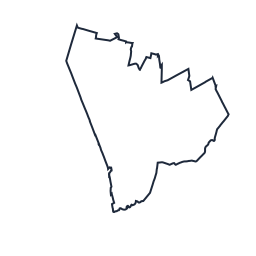 Dubnas pag., Daugavpils, Latvia (Equal Earth projection), rotated 113°
{"feature_id": "27541924B73485467634467", "entity_name": "Dubnas pag.", "entity_type": "district", "adm_level": 2, "iso_a3": "LVA", "parent_name": "Latvia", "parent_adm1": "Daugavpils", "projection": "equal_earth", "projection_center": [26.682, 56.079], "detail": "fine", "context": "isolated", "style": "outline", "palette": "slate", "viewbox_px": 256, "rotation_deg": 113, "n_neighbors": 0, "source": "geoboundaries", "source_scale": "gbopen_adm2", "svg_char_len": 5352}
<svg xmlns="http://www.w3.org/2000/svg" viewBox="0 0 256 256"><g transform="rotate(113 128 128)"><path d="M92.3,209.3L100.0,201.5L102.1,199.5L107.9,193.9L109.6,192.1L111.3,190.4L115.5,186.4L118.3,183.7L120.4,181.9L122.9,179.3L126.5,175.7L128.9,173.2L131.1,171.0L132.8,169.4L134.3,167.9L135.0,167.1L136.1,166.1L136.6,165.7L136.8,165.7L141.5,161.1L143.6,159.1L147.4,155.5L147.1,155.3L152.6,149.9L153.9,148.6L154.3,148.8L154.6,148.5L154.3,148.3L157.0,145.6L158.8,144.2L161.6,141.2L161.8,141.1L163.3,139.6L164.1,138.8L167.0,136.1L170.8,132.4L172.5,130.9L173.5,130.3L172.3,129.9L171.4,129.6L171.3,129.4L171.3,128.8L171.9,127.9L172.0,127.7L171.7,127.6L173.2,126.6L173.6,126.5L174.0,127.0L174.5,127.0L175.5,127.2L176.2,127.4L176.9,127.7L177.5,127.3L177.8,127.5L180.0,126.4L179.7,126.2L180.5,125.6L181.4,125.0L182.8,124.1L183.9,123.4L188.5,120.3L190.0,120.5L190.3,120.3L192.6,119.5L193.8,118.9L196.0,117.7L194.9,117.3L196.0,116.6L196.1,116.4L197.1,115.6L198.0,114.9L199.8,113.6L202.3,111.5L204.3,113.0L205.5,112.3L207.5,111.0L208.0,110.5L208.4,110.3L209.3,109.8L210.4,109.2L210.8,108.9L210.8,108.7L210.9,108.3L210.8,108.0L210.7,107.9L210.5,107.7L210.2,107.5L209.9,107.4L209.7,107.2L209.5,106.6L209.1,106.2L208.9,105.8L207.9,105.2L207.7,105.0L207.5,104.8L207.3,104.3L207.1,104.2L206.8,104.1L206.3,104.1L205.9,104.1L205.6,104.2L205.4,104.3L205.1,104.1L204.9,103.8L204.7,103.3L204.8,102.9L204.9,102.3L205.0,101.6L204.9,100.5L204.8,100.1L204.6,99.4L204.3,98.9L203.9,98.4L202.5,97.5L201.9,97.4L201.6,97.4L201.5,97.6L201.5,97.8L201.9,98.1L201.7,98.3L201.4,98.4L200.7,98.4L199.9,97.9L199.7,97.7L199.8,97.3L200.1,97.0L200.4,96.3L200.5,96.1L200.5,95.9L200.5,95.6L200.4,95.5L200.3,95.4L200.1,95.3L200.0,95.2L199.7,95.1L199.1,95.0L198.8,95.0L197.8,94.9L197.4,94.9L197.2,94.8L197.2,94.7L197.4,94.6L197.5,94.4L197.5,94.2L197.4,94.0L197.4,93.8L197.1,93.5L197.0,93.3L196.8,93.2L196.6,93.0L196.5,92.9L196.2,92.5L195.6,92.1L194.9,91.9L194.3,91.8L193.7,91.8L192.4,92.1L192.1,92.2L191.9,90.6L192.2,89.8L192.4,89.1L192.4,88.7L192.0,88.4L191.5,87.7L191.0,87.5L190.6,87.4L190.4,87.1L190.2,86.9L189.9,86.7L189.7,86.5L189.7,86.3L189.6,86.0L189.5,85.8L189.3,85.5L189.2,85.4L179.1,82.4L171.5,83.1L171.3,83.1L166.9,83.6L166.1,83.6L163.8,83.7L161.4,84.0L158.6,84.3L158.4,84.3L154.4,85.5L153.9,85.5L148.3,87.1L147.9,86.4L147.7,86.0L147.6,85.8L147.4,85.3L146.7,84.2L146.2,83.2L146.0,82.3L146.0,82.0L145.9,81.1L145.9,80.6L145.8,80.0L145.8,79.4L145.7,78.4L145.6,77.0L145.6,75.6L145.6,75.4L145.3,75.1L145.0,74.7L144.8,74.6L144.5,74.3L143.6,73.5L143.5,73.3L143.1,73.0L143.0,72.9L142.6,72.3L142.5,72.1L142.3,71.9L142.3,71.7L142.8,70.9L142.9,70.7L143.2,69.9L143.2,69.7L142.7,69.2L141.9,68.6L141.5,68.3L141.1,67.8L140.2,67.1L139.7,66.6L139.1,65.9L138.1,64.9L137.8,64.5L137.4,64.0L137.1,63.6L136.7,63.0L136.5,62.4L136.1,61.7L135.9,61.1L135.5,60.6L135.4,60.3L134.6,59.2L134.1,58.2L133.2,56.8L133.0,56.3L132.9,55.3L132.7,54.6L132.5,53.0L132.3,52.5L132.0,52.2L131.6,51.9L130.6,51.5L128.4,50.7L126.3,49.9L124.4,49.1L123.6,48.8L123.0,48.6L122.3,48.3L121.9,48.1L121.0,47.8L120.4,47.8L120.0,47.8L119.7,47.9L119.2,48.0L118.8,48.2L118.2,48.4L117.8,48.6L117.3,48.9L117.0,49.0L116.7,49.0L116.2,49.1L115.8,49.2L115.5,49.2L115.0,49.1L114.7,49.0L114.3,48.9L113.8,48.7L113.4,48.4L113.1,48.2L112.6,48.1L112.2,47.9L111.9,47.8L111.7,47.8L111.4,47.8L110.1,48.0L109.6,47.9L109.1,47.8L108.7,47.6L107.5,47.2L107.2,47.1L106.8,46.8L106.7,46.7L106.4,46.1L106.2,45.6L106.1,45.3L106.2,44.9L106.4,44.5L106.4,44.3L106.4,44.0L106.3,43.8L106.2,43.7L105.7,43.5L105.2,43.5L104.8,43.6L104.5,43.7L104.2,43.9L103.4,44.2L102.2,44.4L98.8,44.8L96.7,45.1L96.4,45.2L94.9,45.4L94.2,45.4L93.9,45.4L93.7,45.3L92.2,44.8L91.0,44.5L90.2,44.2L89.4,44.1L88.4,43.8L87.0,43.4L85.9,43.1L84.4,42.6L78.6,41.0L78.3,40.9L77.9,40.8L77.5,40.8L76.0,40.8L75.9,41.0L75.7,41.3L72.9,44.7L71.6,46.2L71.5,46.4L67.9,50.7L67.6,51.2L67.1,51.7L66.9,52.0L66.7,52.1L60.3,59.7L59.4,60.9L57.9,62.6L54.6,63.3L55.1,63.8L54.8,63.9L48.7,69.7L48.8,69.7L55.1,74.6L55.7,74.9L56.1,75.2L60.1,78.3L60.5,78.6L68.2,84.6L60.8,89.1L60.4,91.5L57.7,91.7L56.1,91.9L50.0,95.5L61.3,104.5L62.6,105.5L65.4,107.7L68.6,110.2L70.6,112.6L72.6,114.3L73.2,114.9L61.3,119.6L56.5,121.6L56.9,121.7L59.1,121.1L59.7,121.4L59.8,121.5L59.8,121.8L56.4,123.7L52.9,125.9L50.6,127.1L49.3,127.9L49.0,128.4L49.9,128.7L49.4,128.9L48.7,129.2L48.3,129.4L48.8,130.1L49.5,130.9L49.6,132.4L50.1,135.7L52.1,135.2L53.3,135.0L54.9,134.7L55.5,138.8L56.4,138.8L57.2,138.7L57.5,138.7L58.8,138.9L59.3,139.0L64.3,139.4L65.5,139.5L67.6,139.6L68.0,139.6L68.7,139.8L69.3,139.8L69.8,139.8L69.8,140.0L68.5,141.7L66.3,143.6L65.6,145.5L65.7,145.8L65.9,146.4L66.2,146.9L67.2,148.2L67.9,149.0L69.5,151.0L70.0,151.7L70.2,152.0L65.8,152.8L62.4,153.3L60.4,153.7L57.3,154.7L56.3,155.0L54.5,156.2L53.9,156.3L52.3,156.5L52.2,156.5L51.5,156.2L51.4,156.2L49.9,156.6L48.5,157.0L48.3,157.0L48.0,157.0L48.3,157.8L49.0,160.7L49.3,161.7L49.7,163.2L49.9,163.3L49.7,163.4L49.1,163.6L49.3,165.6L49.8,168.9L50.0,171.4L49.0,171.5L48.3,171.7L45.5,173.5L45.4,173.7L45.1,175.1L46.5,176.9L47.4,175.4L48.5,173.4L49.2,174.0L51.4,175.8L51.5,175.9L54.7,178.6L54.8,179.4L55.1,180.8L58.0,191.8L58.2,192.7L57.5,192.8L54.9,193.6L54.1,193.7L53.3,193.8L52.8,193.8L52.9,194.8L53.3,198.1L53.8,202.1L54.5,208.3L54.7,209.0L55.1,212.0L55.2,213.4L55.2,213.5L54.9,213.8L53.6,215.1L72.8,213.1L90.3,211.1L92.3,209.3Z" fill="none" stroke="#1e293b" stroke-width="2"/></g></svg>